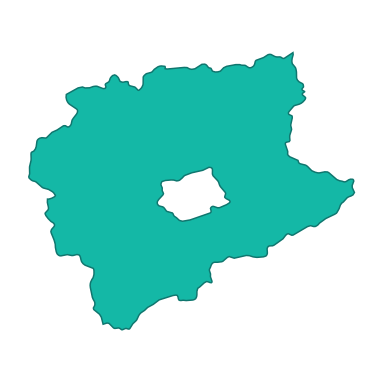 the Region of Středočeský, rotated 177°
{"feature_id": "CZE-1596", "entity_name": "Středočeský", "entity_type": "Region", "adm_level": 1, "iso_a3": "CZE", "parent_name": "Czechia", "parent_adm1": "", "projection": "mercator", "projection_center": [14.499, 50.046], "detail": "fine", "context": "isolated", "style": "filled", "palette": "teal", "viewbox_px": 384, "rotation_deg": 177, "n_neighbors": 0, "source": "natural_earth", "source_scale": "10m", "svg_char_len": 5996}
<svg xmlns="http://www.w3.org/2000/svg" viewBox="0 0 384 384"><g transform="rotate(177 192 192)"><path d="M350.9,233.8L350.8,238.3L350.6,239.5L350.0,240.2L347.9,241.1L346.2,243.1L345.2,245.5L344.3,250.3L344.0,251.3L343.4,252.2L342.5,253.0L341.2,253.7L339.1,254.1L335.2,253.5L334.2,254.0L328.7,258.9L323.4,261.0L317.0,264.8L315.8,264.9L314.9,264.8L313.0,263.5L312.2,263.4L310.9,263.8L309.6,265.2L309.1,266.0L308.0,270.0L306.7,271.8L303.2,275.9L302.4,277.2L302.0,278.9L302.2,280.0L302.9,280.9L309.9,286.2L310.8,287.2L311.6,288.5L312.4,290.5L312.8,293.1L312.4,296.0L300.3,301.9L295.9,302.6L293.3,301.5L288.8,301.4L285.2,302.5L283.1,302.7L281.4,302.6L275.3,299.9L273.3,300.0L272.6,301.0L272.5,301.6L273.0,303.6L272.8,304.2L272.4,304.7L269.4,306.3L269.0,306.8L268.5,307.7L267.8,309.6L267.1,310.7L265.3,312.4L263.1,313.0L261.7,312.3L260.2,310.8L259.5,309.8L258.2,306.5L257.2,305.8L255.3,305.2L252.3,305.7L250.8,305.6L250.0,305.1L249.8,302.9L249.3,302.0L248.4,301.3L243.9,299.9L243.1,299.4L240.6,296.5L240.0,296.3L239.3,296.6L237.4,298.2L236.3,299.7L235.3,301.7L235.1,303.1L234.7,309.4L233.7,310.8L231.5,312.5L226.5,313.6L225.5,314.1L223.2,316.5L219.5,318.8L217.9,319.3L216.2,319.5L212.5,318.9L212.3,318.6L212.2,318.0L212.4,316.6L210.5,316.1L193.3,316.8L190.4,316.5L187.9,315.0L185.8,314.5L182.6,314.9L175.4,319.0L172.6,319.0L171.5,318.5L170.8,317.9L169.1,315.5L168.5,315.1L166.7,314.6L166.1,313.6L165.5,312.0L165.0,311.5L162.4,310.6L159.9,310.6L157.3,311.2L153.9,314.4L150.8,315.7L141.8,316.9L137.7,316.7L135.7,316.0L132.8,315.8L131.9,315.5L130.0,314.0L128.5,313.1L127.3,313.0L126.2,313.2L124.5,314.1L123.5,315.0L122.7,316.6L121.9,319.3L121.0,320.2L113.5,322.5L108.8,325.2L107.2,325.4L105.9,325.2L102.2,323.0L100.3,322.4L97.1,322.3L96.2,322.0L94.4,320.7L93.7,320.6L92.8,320.7L83.9,325.9L83.8,323.8L85.0,320.2L85.4,317.9L85.4,316.5L85.1,314.8L82.6,311.4L82.0,310.3L81.7,308.9L81.4,306.4L81.6,300.5L81.3,299.2L80.7,298.0L79.3,296.4L76.1,294.5L75.4,293.7L75.1,291.8L75.2,291.0L76.5,289.6L76.8,289.0L76.7,288.4L76.3,287.8L74.3,286.5L74.3,286.2L76.5,284.7L76.7,284.0L76.5,283.1L74.2,281.0L73.6,280.0L74.0,278.9L74.8,277.8L76.7,276.0L78.4,274.9L80.3,274.1L84.9,273.0L86.0,272.4L91.1,267.0L91.6,265.9L91.5,265.2L91.2,264.4L88.2,262.8L88.0,262.2L88.0,260.7L89.8,254.2L89.9,253.0L89.4,250.6L89.3,249.1L91.4,243.5L91.6,241.5L91.5,238.4L92.2,237.3L95.0,236.8L96.0,236.2L96.2,235.8L96.3,235.1L96.1,234.0L94.3,227.6L94.4,225.6L94.6,224.7L94.0,223.6L92.6,222.1L84.5,218.0L84.0,216.0L83.4,215.1L82.4,214.5L77.2,212.9L76.4,212.4L75.3,211.5L71.3,207.0L68.2,205.4L65.3,204.5L63.8,204.4L58.3,205.2L55.6,204.9L54.2,204.0L46.7,196.8L44.0,195.5L41.5,194.9L39.4,194.1L37.8,194.3L34.6,196.1L32.9,196.5L31.3,196.4L30.5,196.1L30.0,195.3L29.9,194.3L31.7,190.1L31.7,188.8L31.7,187.8L29.8,183.0L31.4,180.7L33.4,179.7L35.8,179.0L37.3,178.2L41.3,174.2L43.1,173.0L44.5,171.2L46.0,167.6L48.1,164.3L48.9,163.3L50.7,162.3L59.8,158.5L66.4,154.2L67.8,152.7L69.5,151.6L70.8,151.1L72.5,151.2L75.1,152.1L75.8,152.1L78.5,151.4L93.3,143.7L94.6,143.6L98.0,145.3L99.1,145.1L100.8,143.8L103.6,140.5L112.7,134.7L114.2,134.1L117.6,134.1L118.8,133.6L119.7,132.2L120.0,131.3L119.9,127.9L120.0,126.6L120.4,125.6L121.1,124.5L122.2,124.0L124.1,123.5L130.6,123.3L134.3,124.0L138.0,125.4L141.1,125.8L153.3,123.7L158.3,125.6L160.2,124.8L164.8,121.2L166.0,120.8L170.4,120.5L173.1,120.7L174.3,120.4L175.5,119.7L176.7,117.9L177.6,115.7L178.6,114.0L178.7,113.4L178.7,112.5L177.8,109.2L178.0,106.8L177.9,105.9L176.7,101.8L176.9,100.8L177.4,100.4L178.7,100.6L180.7,101.5L182.3,101.8L184.6,100.6L189.1,96.9L191.3,95.5L192.3,92.5L192.5,89.0L192.9,87.1L193.9,85.3L195.0,84.6L196.7,84.1L203.5,83.9L206.5,84.4L208.8,84.2L209.9,84.4L210.6,84.7L210.9,85.3L211.2,86.0L211.5,88.1L212.1,89.4L212.5,89.7L213.8,89.9L216.5,89.6L230.4,86.0L236.6,81.8L242.3,79.1L245.5,76.3L249.2,74.1L250.5,72.9L251.6,71.5L253.8,67.3L254.8,66.2L258.0,63.5L261.3,58.8L262.0,58.4L262.9,58.5L264.4,59.1L265.7,59.2L268.6,58.1L269.6,58.2L271.1,59.5L272.4,60.1L276.1,59.8L276.9,60.0L277.7,60.6L281.6,65.0L282.7,65.4L283.8,65.6L287.7,64.6L289.1,71.7L290.7,74.7L296.2,79.7L296.5,80.6L296.5,81.5L295.4,83.2L294.9,84.5L294.8,86.4L295.2,87.9L296.2,89.8L297.0,92.0L298.5,101.8L298.6,104.1L298.3,106.1L297.8,107.5L296.5,109.9L295.2,111.7L294.2,114.9L294.0,118.4L294.2,120.0L294.6,120.9L302.6,124.5L304.5,126.1L305.9,128.2L306.4,130.1L306.9,132.9L307.4,134.2L308.2,135.1L310.2,135.6L314.2,134.8L315.6,134.9L319.8,136.0L326.1,135.1L327.3,135.2L328.3,135.7L329.6,136.8L330.3,138.2L330.7,139.6L331.3,143.7L331.3,147.0L331.7,149.0L332.3,151.5L334.7,158.4L335.0,159.8L334.5,161.4L333.9,162.3L331.4,164.9L331.1,165.7L331.1,166.9L331.9,168.2L334.4,170.0L337.0,172.9L339.1,176.0L339.7,177.5L339.8,178.5L339.3,179.1L336.8,181.6L336.4,182.3L336.2,183.1L336.2,184.4L337.0,189.1L336.7,192.5L335.3,192.4L332.2,193.2L329.3,194.6L328.6,195.8L330.3,198.6L331.5,199.7L335.1,202.1L340.3,203.8L341.4,204.5L347.0,210.0L348.3,210.8L350.3,211.4L351.4,212.0L352.5,212.9L354.0,214.6L354.2,215.8L353.2,218.6L353.0,224.4L352.9,225.7L351.1,231.9L350.9,233.8ZM212.4,205.1L218.0,204.9L221.5,204.0L222.4,202.3L222.6,201.1L222.6,200.6L221.5,197.6L221.7,195.5L221.6,194.7L220.6,192.1L220.6,191.7L221.3,190.5L225.6,186.3L226.9,184.6L227.2,183.7L227.3,182.9L227.1,181.7L226.4,180.6L225.5,179.8L222.3,178.8L221.2,178.2L220.2,176.9L218.6,174.4L218.0,173.9L212.7,172.1L212.0,171.1L211.5,169.5L210.8,168.6L208.9,167.2L206.4,164.6L205.6,164.1L203.0,163.3L195.4,164.2L175.0,170.1L174.4,170.6L174.0,171.2L173.9,172.0L174.4,174.6L174.1,175.2L173.5,175.9L172.7,176.4L171.8,176.6L171.0,176.4L167.2,174.9L165.3,174.9L158.0,177.6L155.1,179.3L154.6,180.0L154.5,180.7L155.2,181.8L158.1,183.5L159.4,184.7L159.6,185.2L159.5,185.8L158.5,188.5L158.7,189.7L163.4,195.9L164.1,197.4L164.9,200.3L165.6,201.7L170.1,207.1L170.7,208.9L170.4,212.9L170.6,214.3L171.5,215.3L173.7,215.8L180.1,213.1L191.2,211.2L198.1,209.0L199.1,208.4L201.3,206.3L203.8,204.4L205.3,204.0L206.8,203.9L209.7,204.9L212.4,205.1Z" fill="#14b8a6" stroke="#0f766e" stroke-width="1.5"/></g></svg>